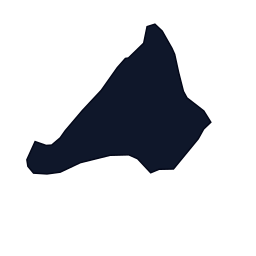 Santa Lucía Milpas Altas, Sacatepéquez, Guatemala (Albers equal-area conic projection), rotated 131°
{"feature_id": "79465075B78305211974628", "entity_name": "Santa Lucía Milpas Altas", "entity_type": "district", "adm_level": 2, "iso_a3": "GTM", "parent_name": "Guatemala", "parent_adm1": "Sacatepéquez", "projection": "albers", "projection_center": [-90.675, 14.57], "detail": "fine", "context": "isolated", "style": "filled", "palette": "ink", "viewbox_px": 256, "rotation_deg": 131, "n_neighbors": 0, "source": "geoboundaries", "source_scale": "gbopen_adm2", "svg_char_len": 590}
<svg xmlns="http://www.w3.org/2000/svg" viewBox="0 0 256 256"><g transform="rotate(131 128 128)"><path d="M32.0,175.8L39.0,180.1L53.7,171.8L74.9,173.6L77.2,175.6L89.3,175.7L117.0,172.9L144.6,173.9L171.1,173.6L180.0,172.7L191.0,174.4L194.9,178.4L199.2,189.2L218.3,183.5L222.6,178.4L224.0,169.7L215.8,159.0L205.8,150.2L185.5,141.3L160.4,123.7L147.7,109.8L144.9,100.6L146.9,81.5L138.8,77.5L129.1,66.8L90.1,67.9L79.2,70.2L69.3,69.3L65.4,82.0L66.6,103.2L64.0,110.2L52.9,126.2L41.8,141.1L39.0,147.1L35.7,156.5L32.4,165.8L32.0,175.8Z" fill="#0f172a" stroke="#020617" stroke-width="1.5"/></g></svg>